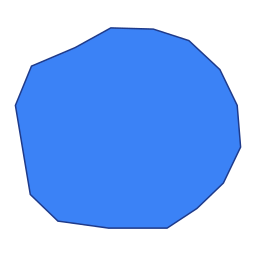 outline of Dingila, Orientale, Democratic Republic of the Congo
{"feature_id": "63176286B70830242214620", "entity_name": "Dingila", "entity_type": "district", "adm_level": 2, "iso_a3": "COD", "parent_name": "Democratic Republic of the Congo", "parent_adm1": "Orientale", "projection": "albers", "projection_center": [26.075, 3.651], "detail": "fine", "context": "isolated", "style": "filled", "palette": "blue", "viewbox_px": 256, "rotation_deg": 0, "n_neighbors": 0, "source": "geoboundaries", "source_scale": "gbopen_adm2", "svg_char_len": 312}
<svg xmlns="http://www.w3.org/2000/svg" viewBox="0 0 256 256"><path d="M57.9,221.1L108.5,228.1L167.1,228.1L197.0,208.4L223.4,183.0L240.6,147.1L237.2,105.4L219.9,69.6L188.9,40.6L153.3,29.1L110.8,27.9L75.1,47.6L31.5,66.1L15.4,105.4L30.3,194.5L57.9,221.1Z" fill="#3b82f6" stroke="#1e3a8a" stroke-width="1.5"/></svg>